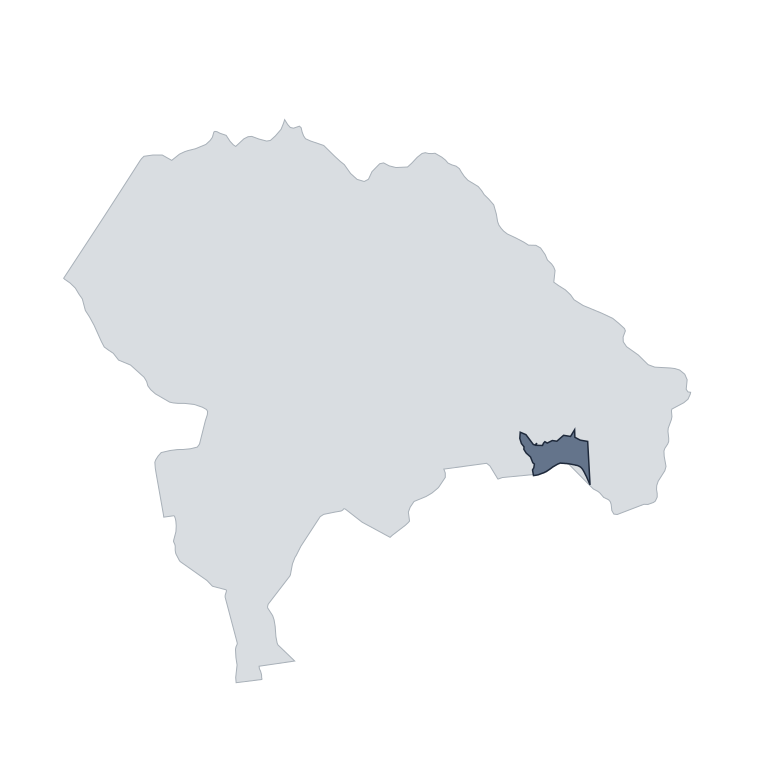 location of Aweil North, Northern Bahr el Ghazal, South Sudan, rotated 172°
{"feature_id": "79223893B62952270667029", "entity_name": "Aweil North", "entity_type": "district", "adm_level": 2, "iso_a3": "SSD", "parent_name": "South Sudan", "parent_adm1": "Northern Bahr el Ghazal", "projection": "natural_earth1", "projection_center": [26.779, 9.406], "detail": "fine", "context": "in_parent", "style": "filled", "palette": "slate", "viewbox_px": 768, "rotation_deg": 172, "n_neighbors": 0, "source": "geoboundaries", "source_scale": "gbopen_adm2", "svg_char_len": 4698}
<svg xmlns="http://www.w3.org/2000/svg" viewBox="0 0 768 768"><g transform="rotate(172 384 384)"><path d="M616.4,613.6L594.3,639.3L592.7,640.9L590.0,642.9L581.0,642.9L571.7,641.6L563.1,635.0L554.5,640.1L549.0,641.8L545.7,642.4L538.0,643.2L527.1,646.0L522.2,649.4L519.6,652.2L517.4,657.2L516.3,657.7L514.3,657.1L511.5,655.1L505.7,652.2L502.7,645.8L500.0,641.9L497.8,639.9L488.6,646.3L484.2,647.8L480.5,647.6L473.8,644.0L466.4,640.9L462.6,641.0L457.0,644.8L450.5,650.5L447.2,656.2L445.6,659.6L443.3,654.4L441.1,651.1L438.0,649.9L431.9,651.1L430.4,649.3L430.0,644.9L429.1,640.9L427.6,637.8L422.8,634.8L410.5,628.6L401.0,616.2L396.3,610.5L392.8,606.8L387.8,597.1L382.2,590.4L375.4,587.3L370.9,588.9L366.3,596.0L357.6,602.7L353.6,603.0L348.5,599.3L342.1,596.7L330.5,595.6L325.8,598.8L319.5,603.9L314.2,607.0L310.9,607.3L307.9,606.1L304.4,605.5L301.4,605.4L295.2,600.6L292.0,597.2L289.9,593.9L286.4,591.6L282.3,589.7L279.4,586.8L277.9,583.1L275.6,578.4L272.6,574.1L263.2,566.4L260.4,561.9L258.4,557.5L254.6,552.6L250.4,546.1L249.1,536.6L248.9,528.9L248.1,525.3L246.3,521.8L244.3,518.8L241.0,515.4L233.3,510.4L225.4,504.7L221.6,501.4L214.3,500.2L210.0,496.9L206.4,489.7L204.9,484.0L201.3,479.5L199.7,476.3L198.8,472.6L201.7,461.2L197.5,457.2L191.3,452.0L186.8,446.3L184.1,441.0L176.0,434.1L158.5,423.8L148.4,417.2L142.9,411.2L138.1,405.4L137.6,403.0L140.7,397.2L141.2,392.5L138.6,387.2L128.1,377.3L119.8,366.4L113.5,363.0L98.2,360.0L93.8,358.8L89.3,356.7L84.8,351.8L83.2,346.0L85.5,336.7L84.1,333.9L81.5,333.1L82.2,331.2L85.1,326.6L89.8,323.7L102.4,319.1L103.1,317.4L103.4,311.6L104.4,308.7L108.7,300.7L109.4,297.5L109.6,290.6L110.1,287.4L111.4,285.1L114.9,281.1L116.1,278.7L116.6,273.5L116.2,263.1L118.0,259.0L126.0,249.6L128.1,245.4L128.8,241.6L128.7,237.7L129.2,234.0L131.6,230.3L133.6,229.2L139.4,228.0L143.4,228.7L171.2,222.3L174.5,223.2L176.0,227.0L175.8,233.1L176.3,236.0L177.8,238.2L182.2,241.1L185.3,245.9L186.9,247.7L191.4,251.0L212.1,278.8L217.9,281.4L223.6,280.5L234.8,274.7L240.5,273.2L279.8,274.9L284.2,274.0L284.5,274.1L290.5,288.1L293.4,291.2L336.6,291.4L335.7,287.4L336.3,283.0L343.9,274.5L345.0,273.5L351.6,269.4L358.1,266.7L370.6,263.5L375.2,258.4L377.7,253.8L377.8,244.7L379.4,243.3L382.4,241.2L396.9,233.0L399.3,231.3L424.9,250.2L439.3,265.1L440.2,265.8L441.0,266.1L441.7,265.6L442.4,264.9L444.1,264.2L450.3,264.0L461.9,263.3L465.7,261.5L488.9,234.9L494.8,226.4L496.3,224.7L499.7,218.6L503.2,208.2L503.9,207.0L529.3,182.1L530.2,180.1L530.4,178.5L526.5,170.1L525.7,165.8L525.5,159.3L526.2,149.0L525.9,142.6L525.5,140.8L525.4,140.5L511.0,122.1L547.0,121.9L547.0,119.6L546.9,118.9L546.2,116.7L545.8,113.7L545.8,112.1L546.0,110.6L546.0,109.8L545.9,109.0L546.0,108.7L546.1,108.4L572.0,108.8L571.7,114.0L568.6,126.2L568.7,133.6L568.0,141.9L567.1,144.4L565.8,146.4L565.4,147.4L565.4,148.3L571.0,195.2L570.6,197.1L569.2,200.0L568.8,201.0L568.8,201.7L569.3,202.3L581.3,207.3L581.9,207.6L582.3,208.0L586.7,214.1L610.3,236.3L611.1,237.4L613.6,244.4L613.8,245.4L613.9,247.1L613.9,248.4L613.3,252.6L613.5,254.5L613.9,255.7L614.3,257.1L614.3,257.6L614.0,258.6L610.6,266.7L609.5,272.4L609.2,277.2L609.4,280.0L609.8,281.8L610.1,282.5L610.5,282.8L620.6,282.8L620.6,285.4L622.1,327.6L622.2,332.4L621.8,338.4L620.6,340.7L617.8,344.0L614.2,347.1L605.1,347.9L597.4,347.8L592.0,347.1L584.6,346.8L577.7,347.5L575.1,350.1L566.0,372.5L563.2,378.2L562.5,381.4L563.3,383.4L566.9,386.2L574.9,390.2L583.9,392.5L590.7,393.5L595.3,394.6L598.8,395.9L611.7,406.0L615.8,410.8L618.1,415.0L618.7,419.5L620.6,424.0L632.3,438.0L643.5,444.6L647.8,452.1L651.9,455.7L655.9,459.6L658.0,465.5L662.9,482.4L666.2,491.2L669.5,498.4L670.9,510.2L673.6,515.5L676.3,521.9L680.8,527.7L685.6,532.1L686.5,533.3L638.3,588.3L616.4,613.6Z" fill="#d9dde1" stroke="#a8b0b8" stroke-width="1"/><path d="M255.8,317.3L257.1,311.2L256.2,305.9L254.1,302.3L254.6,299.8L252.8,295.8L249.1,291.4L247.6,285.3L246.2,283.8L247.3,280.2L248.9,278.2L248.7,272.5L246.4,272.5L243.9,272.6L240.7,273.4L239.1,273.7L237.6,274.0L236.6,274.5L236.0,274.5L235.0,275.0L231.9,276.5L229.8,277.6L228.5,278.4L226.6,279.1L224.9,279.8L222.6,280.7L221.8,280.8L220.4,281.2L218.7,280.7L218.3,280.7L217.6,280.5L216.8,280.4L216.2,280.2L215.5,280.0L214.5,279.9L213.4,279.6L212.5,279.4L209.8,278.5L208.1,277.9L207.1,277.6L206.2,277.3L205.7,277.0L204.4,276.6L203.6,276.3L202.5,275.6L201.9,275.1L201.0,274.5L200.1,273.3L199.4,272.2L199.2,271.8L198.6,270.4L197.9,268.6L197.0,265.8L196.6,264.8L194.0,255.4L190.3,298.8L197.5,301.1L202.4,304.7L201.6,312.2L206.6,306.1L213.3,308.2L220.8,303.3L225.2,304.6L230.6,302.8L232.7,304.5L234.3,303.2L235.6,301.1L241.9,302.1L240.9,304.2L242.9,302.5L244.6,303.4L250.5,314.1L255.8,317.3Z" fill="#64748b" stroke="#1e293b" stroke-width="1.5"/></g></svg>